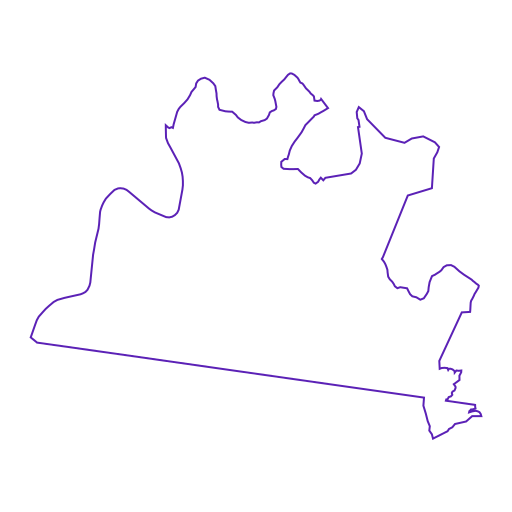 Cherbourg, Queensland, Australia
{"feature_id": "25037944B27259655099788", "entity_name": "Cherbourg", "entity_type": "district", "adm_level": 2, "iso_a3": "AUS", "parent_name": "Australia", "parent_adm1": "Queensland", "projection": "natural_earth1", "projection_center": [151.944, -26.287], "detail": "fine", "context": "isolated", "style": "outline", "palette": "violet", "viewbox_px": 512, "rotation_deg": 0, "n_neighbors": 0, "source": "geoboundaries", "source_scale": "gbopen_adm2", "svg_char_len": 4052}
<svg xmlns="http://www.w3.org/2000/svg" viewBox="0 0 512 512"><path d="M470.1,311.9L470.2,311.1L470.3,309.6L470.4,307.8L470.5,305.8L470.6,304.1L470.7,302.6L471.1,300.9L471.5,300.1L472.2,299.0L473.8,295.8L474.6,293.9L475.7,292.2L477.0,290.0L478.4,287.7L478.8,285.7L477.9,284.7L476.6,283.9L475.5,283.0L474.4,282.0L472.9,280.9L471.7,279.7L469.9,278.5L464.0,274.7L459.4,271.3L454.4,266.8L451.0,265.1L446.8,265.3L443.6,267.1L441.3,270.3L439.5,271.8L436.3,273.8L435.0,274.7L432.0,276.1L429.6,282.1L428.7,287.1L428.3,291.1L426.8,293.9L423.8,298.3L420.3,299.7L416.4,297.3L412.3,296.3L410.1,294.2L408.4,291.0L407.1,288.3L400.2,287.2L397.4,288.2L394.9,286.3L393.7,283.9L392.2,281.7L389.8,279.3L388.2,276.7L387.6,272.4L387.4,269.8L386.5,267.1L385.7,265.0L385.0,263.5L383.9,261.6L383.1,260.6L381.8,259.0L382.9,257.2L407.8,195.5L431.9,188.2L433.8,158.5L437.3,152.3L439.1,147.0L434.9,142.3L423.2,136.4L411.8,138.5L404.5,142.8L385.3,137.8L367.1,119.2L363.9,111.2L358.8,107.1L356.7,112.0L357.3,118.3L358.5,120.0L359.5,126.8L358.0,127.1L361.8,153.6L359.7,163.5L355.9,169.8L351.1,173.5L325.4,177.8L323.3,180.3L320.8,177.7L319.3,179.6L318.1,181.8L315.6,183.6L313.8,182.7L312.2,180.3L310.2,178.1L307.8,177.3L305.0,175.7L301.2,172.4L297.9,169.0L294.4,169.1L289.0,169.1L283.6,168.8L281.4,167.0L281.2,164.8L281.3,161.8L283.3,160.2L284.7,159.0L287.4,159.1L288.0,156.8L288.8,154.5L289.8,150.5L291.8,146.0L294.7,141.5L297.2,138.3L300.1,134.3L301.6,132.2L303.7,128.4L305.4,125.1L308.2,122.3L311.3,119.1L313.9,116.5L314.5,115.3L317.3,114.2L318.5,113.7L321.4,112.0L323.1,111.1L328.0,108.1L321.1,99.0L320.8,99.8L319.5,100.6L317.4,101.0L314.5,100.6L314.3,99.1L313.9,96.4L312.8,95.2L310.7,93.5L309.5,91.8L307.7,90.0L306.0,88.4L303.3,84.5L302.3,83.4L300.4,82.6L299.6,81.3L298.5,79.2L297.5,77.7L294.4,74.9L291.8,73.5L290.1,73.4L288.0,74.8L286.2,77.0L284.3,79.4L281.7,81.8L279.4,84.2L277.3,87.3L274.1,90.5L273.5,93.1L273.3,95.2L274.7,98.8L275.3,101.1L276.4,106.9L275.9,109.0L273.8,110.4L271.9,111.0L269.8,112.4L269.0,114.9L266.9,118.6L264.7,120.1L260.9,121.2L259.0,122.4L256.8,122.3L254.0,122.8L252.3,122.5L248.8,122.8L245.4,122.0L241.2,120.0L237.8,117.4L235.9,114.9L232.2,111.7L229.1,111.6L225.4,111.3L219.5,109.8L218.1,106.9L218.1,104.6L217.5,101.4L217.0,99.3L216.6,96.2L216.5,93.4L215.8,89.4L215.3,86.1L213.3,83.3L209.5,79.8L204.8,77.7L201.0,78.7L198.0,80.6L196.2,83.4L195.6,87.0L193.8,89.2L191.5,91.9L190.1,95.1L187.5,99.4L184.2,103.1L180.5,106.7L178.8,108.8L177.2,111.8L173.7,124.1L172.9,127.9L171.4,127.2L169.5,128.1L168.2,127.5L165.8,125.3L165.8,127.6L165.8,127.8L166.0,136.9L166.1,138.1L166.4,138.9L168.0,143.2L170.3,147.3L178.9,163.3L180.7,168.3L181.9,172.5L182.6,176.7L182.9,181.1L182.9,185.4L182.4,189.7L178.7,209.7L177.2,212.8L174.9,215.1L172.2,216.7L169.2,217.4L166.1,217.1L154.9,212.4L151.5,210.4L148.9,208.5L129.3,192.0L127.4,190.5L126.4,189.8L123.6,188.6L120.3,188.2L118.1,188.4L114.5,189.9L112.6,191.7L110.4,193.8L108.4,195.9L105.9,198.6L103.6,202.4L102.1,205.6L100.6,209.7L100.1,211.8L99.6,217.6L99.1,224.2L98.5,228.8L95.2,242.4L94.0,249.8L93.1,254.7L90.3,282.5L89.5,285.7L87.5,289.8L85.4,292.0L82.8,293.4L80.5,294.3L68.8,296.9L64.4,297.9L62.3,298.5L57.4,299.9L53.6,302.0L49.0,305.9L45.7,308.9L42.7,312.2L38.8,316.6L36.8,320.2L35.2,324.6L31.6,334.9L30.7,337.4L36.5,342.1L37.0,342.6L102.1,351.8L328.8,384.1L424.0,397.6L423.4,405.7L425.8,413.6L427.7,421.1L429.8,426.2L429.3,430.6L431.9,434.3L433.0,438.6L447.6,431.2L449.0,429.0L452.3,427.3L455.0,424.0L466.1,421.5L472.2,416.1L481.3,416.1L480.7,414.0L479.5,412.2L477.7,411.3L475.6,410.8L472.2,411.4L469.1,412.4L469.4,411.1L470.3,410.4L470.9,409.5L473.0,409.3L475.5,408.5L475.2,406.9L475.1,404.9L445.9,400.7L446.3,399.4L447.6,399.3L448.7,397.1L450.9,396.4L452.3,394.8L451.8,393.0L452.5,391.6L454.5,390.5L455.6,387.9L455.5,386.6L453.8,384.2L459.5,380.0L459.4,375.7L461.2,372.3L461.3,370.5L458.8,370.8L456.4,370.5L454.7,372.6L454.6,371.1L452.5,369.4L450.4,368.7L449.0,368.8L448.2,370.0L447.4,368.1L444.5,367.8L441.7,368.0L439.7,368.8L439.3,360.9L461.8,312.4L470.1,311.9Z" fill="none" stroke="#5b21b6" stroke-width="2"/></svg>